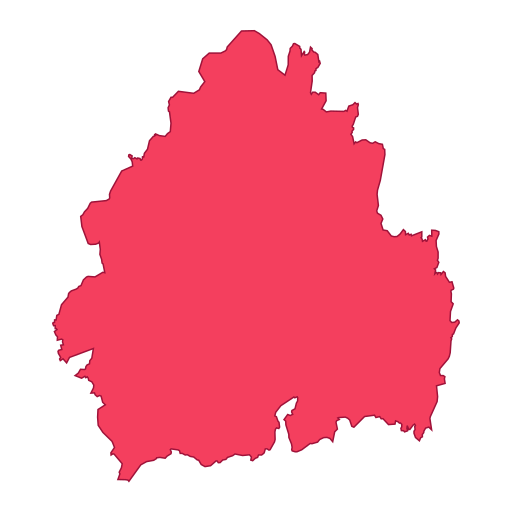 the district of Jesús María, Jalisco, Mexico
{"feature_id": "50627088B74441524279914", "entity_name": "Jesús María", "entity_type": "district", "adm_level": 2, "iso_a3": "MEX", "parent_name": "Mexico", "parent_adm1": "Jalisco", "projection": "equal_earth", "projection_center": [-102.134, 20.649], "detail": "fine", "context": "isolated", "style": "filled", "palette": "rose", "viewbox_px": 512, "rotation_deg": 0, "n_neighbors": 0, "source": "geoboundaries", "source_scale": "gbopen_adm2", "svg_char_len": 5972}
<svg xmlns="http://www.w3.org/2000/svg" viewBox="0 0 512 512"><path d="M293.5,43.7L292.4,46.2L290.2,48.4L290.0,51.1L288.3,56.3L288.2,64.9L285.0,75.2L277.8,69.7L275.1,56.4L271.1,44.8L267.2,39.9L259.5,33.7L254.4,30.7L241.5,31.0L227.2,47.0L226.6,49.6L225.3,50.9L220.8,53.1L209.2,53.1L202.7,58.8L198.8,71.5L204.8,81.6L200.6,87.0L199.4,89.8L193.7,93.3L178.4,91.3L172.6,97.3L171.0,97.3L168.6,101.5L169.4,104.9L168.1,107.7L168.3,109.6L168.5,111.1L169.5,111.9L171.0,123.2L170.3,131.6L167.5,133.6L165.2,136.4L159.3,135.6L156.5,134.3L156.0,134.9L155.5,134.0L154.6,134.6L154.7,135.9L153.3,136.4L149.5,140.7L147.5,149.2L144.4,153.3L143.7,157.0L142.5,156.8L142.4,158.8L141.5,160.1L140.7,160.1L140.0,158.5L137.7,158.0L137.0,158.9L134.8,157.7L133.6,158.6L131.7,158.6L132.1,155.9L129.8,154.5L128.8,154.9L128.6,156.5L130.9,159.0L132.2,161.8L132.7,166.1L121.7,171.0L110.6,191.0L109.5,194.3L109.7,197.9L109.2,199.0L106.3,200.6L91.6,202.1L90.2,203.3L87.7,208.4L84.5,211.8L82.8,214.8L80.7,216.4L81.9,226.5L88.2,243.5L90.6,244.5L95.7,244.2L98.5,243.1L99.3,242.0L100.3,249.3L99.9,254.4L101.6,259.3L102.1,263.1L103.1,264.0L104.8,272.7L102.8,272.3L95.0,276.9L88.1,276.4L86.5,277.0L83.4,279.9L81.0,285.6L78.7,286.5L77.9,288.0L76.2,289.1L71.3,290.9L69.4,292.5L68.6,293.6L68.0,297.1L61.5,304.7L58.9,314.3L56.8,315.4L56.1,319.9L54.6,319.9L54.5,322.4L53.1,322.6L52.8,323.6L53.6,325.7L55.2,325.6L55.2,328.6L56.3,328.6L57.0,329.6L54.4,331.5L55.8,334.9L57.5,336.8L57.3,340.2L61.6,339.1L62.8,339.8L62.5,341.9L63.4,344.8L60.7,345.2L61.8,349.5L58.8,350.2L58.0,351.3L58.4,353.4L60.7,357.4L59.6,359.0L60.3,360.6L63.0,358.8L66.6,362.9L69.5,357.4L93.4,348.5L91.8,358.2L89.8,360.7L89.5,363.8L87.0,365.0L85.9,366.6L85.5,368.9L84.6,369.5L80.5,369.3L78.3,373.1L75.1,375.6L81.6,378.2L84.9,376.3L85.8,377.7L87.2,376.8L88.2,378.1L88.7,380.3L91.8,381.8L93.8,385.1L93.5,387.9L90.9,393.1L94.5,392.9L95.1,394.7L97.2,396.6L99.5,395.5L101.1,396.1L102.7,402.3L105.3,404.8L98.0,409.5L97.6,417.2L98.2,425.3L102.9,432.4L112.0,441.3L112.8,443.1L114.5,447.5L110.9,452.8L111.1,455.0L112.9,453.8L114.2,454.2L122.2,463.7L121.4,467.8L119.2,472.2L119.9,473.9L117.9,479.5L125.7,479.7L128.0,480.1L128.9,481.3L140.8,464.8L146.6,461.6L153.7,460.3L156.4,458.6L156.6,457.8L159.9,457.4L165.2,458.2L167.1,456.1L171.0,453.7L171.3,452.0L170.3,449.7L171.1,448.9L178.1,449.9L179.5,450.7L180.2,453.4L182.3,453.4L185.2,455.0L187.3,454.7L190.2,456.4L193.7,457.0L197.2,459.9L198.7,460.2L201.2,464.5L205.0,466.6L210.6,465.7L216.1,460.9L217.1,461.0L218.3,462.7L220.1,462.6L222.7,460.0L225.9,459.4L227.5,457.4L232.6,455.7L235.0,454.0L242.6,455.5L249.5,454.8L251.4,457.0L250.8,460.1L252.7,460.7L255.3,458.3L257.6,457.4L258.5,455.0L261.6,455.0L263.4,453.6L264.2,452.8L265.3,448.9L267.0,448.8L269.0,450.1L270.1,449.7L274.5,441.9L275.1,439.5L274.9,432.0L275.4,429.3L276.5,427.9L278.8,428.5L279.6,427.1L279.0,422.3L277.9,421.0L276.4,416.7L274.8,415.9L275.7,412.3L280.8,405.7L293.9,397.0L294.8,397.8L297.2,396.8L297.7,397.7L297.6,401.0L296.4,403.1L295.0,408.8L291.9,410.5L291.6,412.0L292.7,414.3L290.3,415.5L287.7,414.5L284.0,419.6L285.7,421.1L285.9,424.9L288.8,434.3L288.9,437.5L291.5,443.9L292.1,447.3L291.7,449.7L292.2,450.9L295.2,451.8L296.9,451.8L301.7,449.8L310.1,443.5L312.0,443.7L317.6,442.1L319.7,439.5L323.7,437.6L327.0,437.4L329.9,438.4L332.7,441.7L334.7,431.8L337.4,429.1L336.0,422.3L336.6,420.7L339.3,419.5L337.8,417.9L338.4,417.6L345.3,417.1L347.7,418.2L349.7,420.0L351.8,426.3L353.9,427.2L364.6,416.5L374.5,415.2L375.9,417.5L379.7,416.6L381.2,418.8L383.0,418.7L388.5,424.6L395.0,424.1L395.6,420.9L397.9,421.7L399.4,423.1L400.5,423.0L401.8,424.4L401.7,427.0L400.9,428.3L401.4,430.6L403.6,430.7L404.6,431.9L407.6,430.8L407.9,430.1L406.9,428.8L407.2,425.6L408.7,429.2L409.8,429.5L413.1,425.1L414.6,424.1L415.4,425.5L414.7,426.6L415.1,429.5L414.0,431.2L414.0,433.3L415.5,437.5L419.4,440.8L420.7,437.7L422.4,436.8L422.3,434.5L423.7,432.7L423.9,431.1L425.6,428.1L428.8,427.1L431.6,429.8L429.9,418.5L430.3,416.7L437.1,401.6L437.6,396.7L436.5,385.8L445.1,383.4L444.4,378.8L444.9,376.7L443.3,375.6L440.5,375.5L439.3,372.6L439.9,368.6L448.1,358.9L449.3,356.4L450.2,352.7L451.0,340.8L451.7,338.9L450.9,337.7L452.3,336.6L452.4,334.4L453.5,334.0L455.9,327.9L459.2,322.9L458.9,321.0L457.5,319.8L454.7,322.2L451.7,322.5L450.0,320.6L450.5,311.5L453.2,303.8L451.1,301.7L451.4,293.8L450.9,291.5L451.2,290.2L453.4,289.2L453.8,288.1L452.0,281.8L449.4,282.3L445.6,276.4L445.1,272.8L443.4,271.5L441.0,274.5L440.6,272.8L438.5,272.6L437.5,274.0L436.8,272.5L436.1,272.4L434.9,273.7L435.6,270.0L434.4,268.8L436.9,267.5L438.8,262.3L437.4,260.3L438.1,258.2L438.1,252.0L436.4,246.5L436.1,240.5L438.9,234.0L438.8,231.7L435.4,230.4L431.7,230.2L431.8,236.2L429.4,235.4L427.5,237.1L428.0,238.9L426.8,241.2L426.1,241.2L425.4,239.7L422.5,241.3L422.1,239.1L421.1,237.7L421.8,237.0L421.8,231.8L411.5,235.8L411.1,234.3L409.2,235.0L408.3,233.3L405.6,234.7L405.4,231.5L403.4,229.6L400.1,234.0L397.1,236.5L394.2,236.7L391.3,236.0L387.2,230.7L383.1,230.0L381.0,223.4L382.8,219.0L381.0,215.3L377.5,213.2L376.7,210.9L378.4,205.5L377.1,194.4L377.5,190.2L380.3,180.4L384.9,154.7L384.7,149.4L383.3,148.6L382.4,144.3L378.7,143.6L375.2,141.8L372.6,143.3L370.1,142.8L365.8,139.8L362.1,140.0L356.9,142.7L355.6,141.9L354.1,143.8L352.6,136.6L350.9,134.2L352.2,132.5L352.0,131.2L353.6,129.4L353.6,127.9L352.4,127.3L352.2,126.1L353.3,124.3L355.7,117.0L357.5,116.3L358.3,114.3L357.5,107.7L358.3,104.7L358.0,103.5L356.5,104.0L355.0,102.6L352.9,104.7L348.8,106.1L347.0,111.2L345.7,110.4L343.9,111.4L330.8,111.1L326.3,111.9L323.2,109.4L321.6,109.0L326.1,100.8L325.8,93.1L320.2,92.7L318.7,94.7L315.2,92.2L312.7,92.2L311.3,94.3L310.5,92.7L312.2,81.0L312.1,75.4L314.5,72.8L314.9,70.9L315.9,70.5L316.0,68.6L317.9,67.4L320.2,63.4L319.6,61.2L318.9,61.8L317.8,54.5L315.2,52.3L313.7,52.0L311.9,49.9L312.1,48.6L310.5,47.1L309.5,52.2L307.6,54.6L304.8,55.1L304.3,54.1L304.7,52.1L304.2,51.5L301.5,55.7L301.0,49.3L299.8,48.1L299.7,46.4L294.8,43.5L293.5,43.7Z" fill="#f43f5e" stroke="#9f1239" stroke-width="1.5"/></svg>